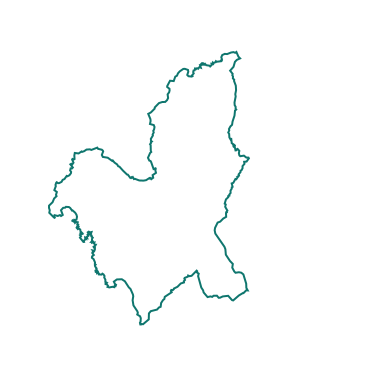 the district of Tulungagung, Jawa Timur, Indonesia, rotated 46°
{"feature_id": "22746128B2754392863745", "entity_name": "Tulungagung", "entity_type": "district", "adm_level": 2, "iso_a3": "IDN", "parent_name": "Indonesia", "parent_adm1": "Jawa Timur", "projection": "orthographic", "projection_center": [111.871, -8.073], "detail": "fine", "context": "isolated", "style": "outline", "palette": "teal", "viewbox_px": 384, "rotation_deg": 46, "n_neighbors": 0, "source": "geoboundaries", "source_scale": "gbopen_adm2", "svg_char_len": 6059}
<svg xmlns="http://www.w3.org/2000/svg" viewBox="0 0 384 384"><g transform="rotate(46 192 192)"><path d="M213.6,151.3L212.9,148.1L213.3,147.4L212.7,147.8L212.9,146.8L211.7,146.2L211.4,143.3L210.4,142.3L210.7,141.1L210.0,139.1L208.5,137.7L208.2,134.7L206.5,133.5L208.0,131.6L207.3,127.7L206.5,127.5L205.0,129.0L201.9,129.4L199.8,132.4L198.6,132.5L196.6,131.3L195.3,129.4L192.6,129.3L192.3,130.2L192.8,131.1L192.3,131.8L190.1,130.4L188.8,130.5L189.1,129.8L188.5,129.0L187.5,129.9L186.8,129.7L186.8,129.0L184.5,129.5L181.1,126.9L180.7,127.4L179.9,126.9L180.3,127.6L178.7,127.2L176.0,124.9L174.4,124.6L173.5,122.3L172.4,121.7L171.5,118.8L171.5,116.5L169.5,113.9L166.6,108.4L163.3,104.5L163.4,102.9L162.4,102.8L161.0,101.4L159.2,101.0L157.1,99.2L153.6,94.2L151.7,92.9L149.4,89.6L145.9,86.6L141.3,84.6L140.5,83.6L138.7,83.7L137.3,82.2L136.0,81.9L135.3,80.7L131.2,80.3L130.8,75.2L128.2,70.7L128.1,67.9L129.3,64.6L126.9,64.6L122.1,62.8L121.9,64.2L120.2,65.0L118.8,67.0L117.2,70.9L115.4,72.5L114.5,75.1L115.4,77.3L117.4,78.3L117.5,79.5L118.2,79.4L118.3,80.0L115.5,83.7L114.6,83.9L115.1,84.8L114.2,86.3L114.6,87.5L113.5,87.4L114.1,88.3L113.3,88.9L114.3,89.5L114.3,91.7L113.4,91.6L110.6,93.7L109.0,93.6L109.1,94.3L108.2,94.4L108.5,95.2L107.7,96.0L106.6,95.0L106.2,95.5L106.3,96.8L107.0,96.5L107.2,96.9L106.3,98.1L108.7,99.3L107.3,99.9L107.6,102.0L106.8,102.1L105.9,103.3L106.2,103.7L105.3,104.1L106.3,105.5L105.7,106.5L106.6,107.9L107.9,108.4L108.1,110.9L109.0,111.1L108.8,112.0L106.3,114.1L104.5,114.1L102.9,111.1L101.4,110.1L98.4,111.6L97.4,112.8L96.7,117.1L96.9,119.7L97.9,122.0L97.4,123.9L99.5,128.1L96.7,130.5L98.6,136.3L99.2,136.9L102.1,136.5L103.4,137.6L104.4,139.2L104.8,141.7L107.8,143.9L108.6,146.1L108.6,148.7L106.6,150.9L105.1,154.0L105.3,160.0L106.1,161.0L106.2,166.3L105.4,169.2L110.7,171.3L112.2,172.5L113.9,175.0L117.3,173.0L119.2,173.8L120.7,175.9L121.1,177.4L122.6,178.2L123.3,180.4L124.2,180.9L125.2,184.7L126.7,185.9L127.8,185.8L127.6,187.0L128.3,187.5L128.5,189.0L129.6,189.2L133.7,193.0L134.9,193.5L134.8,195.0L136.8,199.9L139.7,200.9L140.9,200.3L142.1,200.6L148.8,203.7L149.6,201.8L150.2,202.0L150.6,203.1L153.2,204.6L152.5,208.6L154.8,210.0L154.5,212.3L153.3,212.0L153.2,212.9L152.4,212.9L151.6,216.8L150.2,218.9L147.1,221.9L142.9,223.9L142.4,224.8L140.1,224.2L140.0,225.5L139.3,225.4L139.2,226.4L139.9,226.7L135.0,226.1L134.3,226.6L128.6,226.8L123.4,226.6L122.2,227.2L120.2,226.7L117.0,227.3L114.3,227.1L114.3,227.8L108.8,228.8L104.8,231.8L102.7,231.1L101.1,227.7L100.3,227.4L98.9,227.5L95.7,229.6L94.3,229.3L91.8,235.2L90.4,235.8L88.2,238.4L87.7,241.3L86.8,243.2L86.1,243.3L85.5,246.8L82.5,249.2L84.0,251.3L86.7,253.6L86.5,254.4L85.2,255.0L85.4,255.7L88.6,256.9L89.0,259.1L88.5,259.6L87.8,259.4L87.6,260.3L91.6,260.7L91.7,262.0L90.7,262.9L91.8,264.7L93.6,265.0L94.4,266.1L94.8,268.6L94.1,270.8L93.4,271.0L94.1,274.8L93.4,276.6L94.1,278.8L93.3,281.4L92.5,282.3L91.0,282.5L91.0,283.2L92.1,285.3L93.2,285.9L95.0,289.7L98.1,289.2L99.6,291.9L100.9,292.3L100.9,295.7L102.5,299.4L102.5,304.3L104.1,305.9L106.3,307.0L107.8,309.1L114.4,309.0L115.9,308.5L114.0,308.5L113.2,307.0L116.0,305.2L116.9,303.0L118.3,302.9L118.7,300.9L114.1,298.9L113.9,295.7L115.2,294.0L115.1,293.0L117.3,291.0L118.9,290.7L122.0,291.2L122.2,290.7L125.7,290.4L128.1,290.9L129.9,291.9L131.6,294.3L131.2,295.6L130.5,295.9L130.8,296.2L129.4,297.5L129.6,298.1L131.0,297.7L131.1,297.0L132.9,297.6L132.8,296.4L134.4,295.2L135.6,297.0L136.4,296.7L136.5,297.3L138.0,297.5L138.0,298.1L137.1,298.6L137.5,299.8L139.4,299.9L139.6,298.7L141.4,298.5L142.8,299.5L145.1,299.5L144.6,300.1L145.6,300.3L144.6,301.2L145.3,301.5L145.2,302.5L146.7,302.5L147.0,304.3L152.5,304.8L152.9,304.3L151.9,303.7L152.0,301.7L150.8,300.7L152.2,300.5L151.5,299.8L152.3,299.4L151.2,298.9L151.5,297.2L150.2,296.8L150.3,295.4L148.6,295.0L148.8,293.8L150.2,293.4L151.0,292.1L151.9,293.8L151.8,295.0L153.3,294.4L154.1,294.7L154.2,295.3L155.9,295.1L156.3,296.6L157.7,297.8L157.9,299.0L158.6,298.1L159.0,298.7L159.3,297.7L160.2,298.2L160.6,297.4L161.0,298.1L162.5,298.5L163.1,297.9L163.5,299.1L163.0,300.8L163.8,301.2L164.7,300.6L166.0,301.9L166.4,303.2L165.3,303.9L166.3,304.0L165.9,304.6L166.7,304.9L166.6,306.1L169.1,306.4L168.9,308.6L169.8,309.7L171.9,309.4L175.3,310.7L176.2,311.8L177.3,311.8L177.2,312.7L178.3,313.4L180.6,313.7L180.7,314.3L182.5,314.8L181.6,316.1L182.6,316.8L183.9,316.1L184.3,316.5L184.5,315.3L186.2,316.2L186.3,315.7L187.1,315.8L188.6,314.4L188.5,313.2L189.8,312.9L191.7,313.3L192.5,314.5L194.9,315.2L196.5,316.8L197.3,316.5L197.7,317.4L198.3,316.7L198.6,317.9L199.5,317.4L201.2,317.6L201.6,318.7L203.2,317.8L205.0,315.0L206.5,314.0L205.8,312.9L206.6,312.4L206.0,311.1L204.7,311.3L202.2,310.5L202.7,306.8L206.0,303.1L209.6,302.3L216.7,303.7L219.0,303.6L224.7,305.7L226.2,306.7L228.6,309.9L232.9,312.9L239.9,314.2L241.3,314.9L242.1,316.5L245.3,315.7L247.2,316.5L249.5,319.0L249.9,320.3L251.4,321.2L251.9,320.7L251.7,320.1L253.1,319.1L253.6,311.6L249.4,307.3L249.1,304.4L252.3,298.8L252.1,296.0L252.8,294.3L250.4,291.3L249.6,287.8L249.8,286.3L248.5,284.4L250.0,276.3L248.5,276.0L248.1,274.9L249.2,274.1L249.3,272.6L248.9,272.1L250.1,268.3L250.0,263.6L251.5,260.6L250.5,259.9L250.4,258.1L249.0,257.7L248.7,256.9L250.0,253.8L249.4,252.8L250.9,252.2L252.0,250.5L251.8,243.3L252.6,243.3L253.3,244.3L255.4,243.9L256.7,246.0L267.2,251.7L270.4,252.3L272.3,253.4L278.4,253.8L279.9,251.3L281.5,250.3L281.6,248.6L283.9,246.1L286.6,246.3L287.5,245.3L288.5,242.4L291.8,238.1L297.6,238.3L298.6,237.7L299.0,230.1L300.1,225.4L300.5,225.2L300.4,221.3L301.5,220.3L298.7,219.5L295.6,216.7L287.0,212.3L284.3,212.6L282.3,214.0L280.3,216.8L278.5,216.8L274.4,215.6L272.1,212.6L268.0,212.6L260.6,211.2L256.3,207.7L253.9,206.7L238.1,204.1L235.3,202.3L233.8,200.3L231.8,194.8L232.9,192.3L232.8,188.0L233.6,184.7L230.7,182.1L230.8,181.1L230.2,181.0L230.0,179.5L225.7,178.4L224.4,176.4L223.1,176.6L220.9,172.7L220.9,169.5L220.1,168.9L220.6,167.6L219.8,167.1L219.5,164.9L217.8,163.4L217.2,161.1L216.3,160.2L216.5,159.2L213.4,157.5L214.1,155.9L212.8,151.7L213.6,151.3Z" fill="none" stroke="#0f766e" stroke-width="2"/></g></svg>